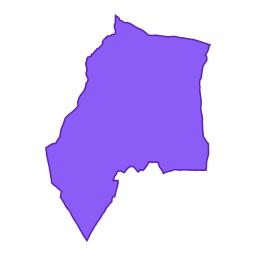 Kondoa, Dodoma, United Republic of Tanzania (Equal Earth projection)
{"feature_id": "72390352B62044183520375", "entity_name": "Kondoa", "entity_type": "district", "adm_level": 2, "iso_a3": "TZA", "parent_name": "United Republic of Tanzania", "parent_adm1": "Dodoma", "projection": "equal_earth", "projection_center": [35.881, -4.78], "detail": "fine", "context": "isolated", "style": "filled", "palette": "violet", "viewbox_px": 256, "rotation_deg": 0, "n_neighbors": 0, "source": "geoboundaries", "source_scale": "gbopen_adm2", "svg_char_len": 5676}
<svg xmlns="http://www.w3.org/2000/svg" viewBox="0 0 256 256"><path d="M206.0,170.2L206.2,169.0L206.2,168.5L206.4,167.4L206.5,163.4L206.7,161.4L206.9,160.1L207.7,157.3L207.8,156.6L208.3,155.0L208.5,154.0L208.5,152.9L208.6,151.9L208.4,148.4L208.4,147.6L208.3,145.6L208.5,144.5L208.4,143.9L208.2,143.5L207.7,143.2L207.5,142.7L206.5,141.7L205.2,139.5L204.8,138.7L204.5,138.3L204.1,137.9L203.7,137.3L203.3,135.9L203.2,134.7L203.0,134.2L203.0,133.5L203.1,132.8L202.9,132.2L202.7,130.5L202.7,129.9L202.6,129.4L202.7,128.3L202.5,127.2L202.5,124.9L202.4,122.3L202.2,120.9L202.5,120.0L202.5,119.3L201.9,115.1L201.7,114.0L201.4,113.0L201.4,112.6L200.6,108.1L200.8,107.1L200.9,105.5L201.0,104.7L201.2,101.1L199.7,90.0L199.9,87.2L199.8,85.5L199.6,84.5L199.6,81.6L199.7,80.9L200.0,80.1L200.6,79.1L201.2,77.6L201.5,75.9L201.7,73.7L202.0,71.3L202.8,67.1L203.3,65.4L205.7,61.8L206.7,60.5L206.8,58.2L206.6,56.6L206.1,55.6L205.4,55.2L205.7,55.0L205.7,54.9L206.3,53.5L207.0,52.5L207.3,52.0L208.3,49.5L208.7,47.7L209.2,46.1L210.0,44.9L206.5,43.8L201.2,41.9L192.9,39.4L191.7,39.4L186.7,38.6L185.7,38.6L185.0,38.2L181.9,37.8L179.7,37.6L177.4,37.0L175.6,36.6L173.3,36.4L172.0,36.6L166.3,36.8L163.8,36.2L161.6,36.0L159.1,35.7L156.9,35.3L153.5,35.3L152.3,35.5L150.9,35.3L149.1,35.3L148.1,35.1L148.1,34.9L147.9,34.8L146.2,33.2L144.5,31.7L141.3,29.6L139.8,28.9L137.6,28.1L135.2,26.7L134.4,26.3L133.8,25.8L132.6,25.0L130.6,23.8L129.8,23.6L128.0,22.8L127.3,22.6L125.6,22.7L125.0,22.6L124.3,22.6L124.0,22.5L123.3,22.1L122.9,21.6L122.6,21.3L120.1,20.3L119.8,20.1L119.5,19.7L119.1,18.6L119.0,18.1L118.8,17.8L118.5,17.6L117.7,17.1L117.6,16.9L117.0,16.5L116.1,16.0L115.5,15.4L115.4,15.6L115.4,16.5L115.5,19.1L115.3,21.0L115.4,22.5L115.5,22.9L114.8,24.2L114.5,25.8L114.4,25.7L114.4,26.5L114.4,27.3L114.9,28.9L115.4,30.0L115.3,33.6L115.2,33.8L114.7,34.1L114.2,34.3L113.7,34.3L112.7,34.4L111.9,34.7L110.6,35.6L109.2,36.0L108.6,36.2L108.3,36.2L108.2,36.0L107.8,36.0L107.5,36.0L107.3,36.3L107.1,36.7L106.7,37.4L106.3,37.5L105.8,37.5L105.3,38.3L105.0,38.7L104.6,39.1L104.3,39.2L104.0,39.5L103.2,40.6L102.7,41.3L102.5,41.7L102.5,42.3L102.9,43.0L102.5,44.3L102.2,44.6L101.6,45.0L101.4,45.3L101.1,45.8L100.4,46.6L99.7,47.0L99.3,47.7L98.5,48.3L97.6,48.5L97.0,48.8L95.9,50.5L95.6,50.7L95.3,50.8L94.5,51.7L94.2,52.2L93.6,52.9L93.4,53.4L93.3,53.6L92.1,53.8L91.9,53.9L91.5,54.5L91.3,56.0L90.2,56.4L87.9,57.2L87.5,57.5L87.2,58.0L86.9,58.7L86.9,59.0L86.7,60.1L86.8,60.7L86.7,61.3L86.5,62.1L85.8,62.7L85.8,62.9L85.9,63.4L85.9,64.7L86.4,65.9L86.2,66.5L86.2,66.8L86.4,66.9L86.5,66.8L86.7,67.4L86.8,68.2L86.8,68.8L87.1,69.2L86.8,69.4L87.0,70.0L86.7,70.7L86.4,72.1L86.0,73.2L86.0,73.7L86.2,74.3L86.5,75.6L87.4,77.6L88.0,78.6L88.1,79.6L87.8,80.7L87.4,81.8L87.0,82.4L86.1,83.2L85.9,83.5L86.0,84.5L85.9,85.7L85.7,86.8L85.0,88.1L84.6,89.5L84.2,90.6L83.6,91.2L82.3,93.1L81.7,93.7L80.8,94.8L79.9,96.2L78.9,98.3L78.6,99.0L78.0,101.2L77.7,102.0L77.7,103.0L78.0,104.4L78.0,104.9L78.0,105.7L77.9,106.2L77.6,106.6L75.5,109.0L74.9,109.5L73.9,110.4L73.7,110.6L73.5,110.9L72.7,111.6L71.5,112.5L67.5,115.8L65.7,117.8L65.4,118.0L65.0,119.0L64.7,120.3L64.0,121.7L63.5,123.8L62.6,125.7L61.7,127.8L61.1,129.7L60.7,131.0L60.3,134.5L59.7,137.1L59.0,138.0L58.6,138.4L58.0,139.3L57.0,141.1L56.3,142.4L55.7,143.1L55.0,143.6L52.8,143.7L52.2,143.9L51.4,144.3L50.7,144.8L49.8,145.3L47.2,147.1L46.0,147.6L46.0,148.8L46.9,155.9L47.2,157.4L48.2,162.0L48.6,163.9L49.4,167.3L49.5,168.9L49.8,170.6L50.3,172.4L50.5,174.2L50.8,176.4L51.3,179.0L51.5,181.1L51.5,182.0L51.8,182.9L52.2,183.5L52.8,183.9L53.5,184.7L54.9,185.8L55.6,186.1L56.4,186.8L57.3,187.6L58.1,188.7L58.6,188.9L60.3,190.1L60.9,190.8L61.5,191.5L61.2,192.6L60.9,194.0L60.7,195.6L60.4,197.1L60.5,197.1L61.8,199.0L62.6,200.7L63.2,201.4L63.4,201.9L64.0,202.7L64.3,203.5L64.7,204.3L65.5,205.5L66.2,206.9L68.1,209.4L69.2,210.4L69.4,210.7L69.7,211.2L70.0,211.8L70.9,213.3L71.4,214.9L72.5,216.7L73.2,218.0L75.9,222.3L77.9,225.4L80.4,230.0L81.5,231.8L82.6,234.0L83.8,235.9L84.7,237.2L85.7,238.9L86.9,240.6L88.6,237.4L90.9,232.6L92.0,230.7L92.7,229.9L93.4,228.7L94.4,226.5L96.2,224.1L96.7,223.2L97.0,222.4L97.4,221.6L98.5,220.7L100.4,217.8L103.2,213.1L103.7,212.7L104.1,212.3L105.4,210.0L105.7,209.1L106.1,208.4L107.5,206.7L108.1,205.8L109.4,204.1L110.0,203.6L111.5,201.8L111.9,201.4L111.7,200.9L111.9,200.2L112.0,198.6L112.5,197.9L112.8,197.1L113.5,196.6L114.1,196.5L114.7,196.6L115.0,195.8L115.9,191.5L117.0,187.6L118.0,183.5L118.1,182.5L118.1,181.3L118.0,180.5L117.2,180.5L116.1,180.6L114.5,180.4L114.2,180.5L113.5,180.8L113.2,180.8L113.1,180.5L113.5,179.8L114.5,176.5L114.6,176.2L115.8,174.9L116.4,173.9L117.1,171.8L118.4,171.3L120.2,170.9L120.8,170.9L121.4,171.2L123.3,172.3L124.3,172.6L124.6,172.3L125.1,171.6L126.0,170.3L126.5,169.6L127.9,168.2L128.9,167.5L129.5,167.3L130.0,166.8L130.3,166.5L130.7,166.4L132.8,166.6L133.7,167.0L134.7,168.0L136.4,170.0L137.2,171.2L137.7,171.6L138.6,171.9L139.0,171.3L139.1,170.6L139.3,170.4L139.7,170.5L139.9,170.4L140.2,170.0L140.5,169.8L141.0,170.1L141.8,169.9L142.1,169.9L142.6,170.4L142.8,170.4L143.3,170.1L143.5,170.1L144.8,168.5L145.5,167.4L147.7,164.4L148.3,163.0L148.5,162.0L150.4,162.2L154.5,162.2L156.2,162.1L157.3,162.3L158.2,162.3L158.2,162.8L158.4,163.4L159.1,165.8L159.5,166.9L161.3,169.3L161.8,169.8L162.2,170.9L163.1,172.8L163.6,173.5L163.9,173.2L166.0,172.1L167.6,171.7L168.5,171.4L169.9,171.1L171.3,171.0L171.9,170.5L172.5,170.3L173.0,170.0L173.8,169.7L174.4,169.7L175.7,169.7L177.3,169.8L178.7,170.1L181.7,170.0L182.5,170.0L183.0,169.8L184.5,169.7L187.6,170.0L189.4,170.0L190.0,170.1L190.8,170.1L191.5,170.0L192.3,170.1L194.6,170.1L195.9,170.4L197.6,170.2L199.9,170.1L204.9,170.3L206.0,170.2Z" fill="#8b5cf6" stroke="#5b21b6" stroke-width="1.5"/></svg>